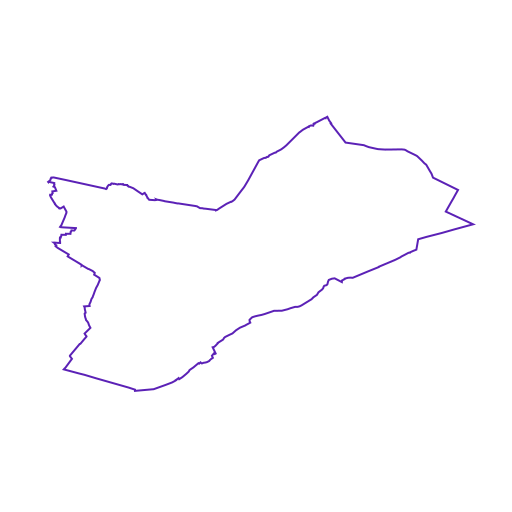 Opsterland, Friesland, Netherlands (Albers equal-area conic projection), rotated 5°
{"feature_id": "6326949B72707200000476", "entity_name": "Opsterland", "entity_type": "district", "adm_level": 2, "iso_a3": "NLD", "parent_name": "Netherlands", "parent_adm1": "Friesland", "projection": "albers", "projection_center": [6.082, 53.047], "detail": "fine", "context": "isolated", "style": "outline", "palette": "violet", "viewbox_px": 512, "rotation_deg": 5, "n_neighbors": 0, "source": "geoboundaries", "source_scale": "gbopen_adm2", "svg_char_len": 5723}
<svg xmlns="http://www.w3.org/2000/svg" viewBox="0 0 512 512"><g transform="rotate(5 256 256)"><path d="M333.6,272.0L336.3,271.4L343.8,274.5L343.8,272.9L346.2,271.4L346.1,271.1L346.2,270.9L349.5,269.7L352.1,269.3L354.1,269.3L354.6,269.1L368.7,261.7L379.3,256.3L379.3,256.0L395.2,247.6L399.6,244.9L400.0,244.7L400.8,243.9L404.0,241.9L407.5,239.6L408.3,239.3L408.9,239.3L408.9,239.1L409.7,238.6L412.2,237.2L415.2,235.7L416.1,225.2L424.2,222.1L439.0,216.9L451.3,212.2L469.5,205.5L441.2,195.2L445.9,184.9L447.7,181.1L449.0,178.1L451.5,172.6L425.5,162.5L423.6,158.6L421.6,155.9L417.6,150.2L415.7,149.0L412.9,146.5L407.9,142.5L406.9,142.0L404.9,141.2L397.8,138.5L396.1,137.6L395.0,137.2L394.4,137.1L391.5,137.1L381.8,138.1L376.0,138.6L375.9,138.7L372.8,138.8L368.3,138.9L366.4,138.7L358.9,137.7L356.3,137.0L353.8,136.2L335.3,135.2L318.9,117.6L319.3,117.2L317.1,114.7L316.5,113.7L314.9,111.1L313.7,111.9L313.4,112.7L312.6,112.5L304.3,117.8L304.0,117.9L302.7,118.8L303.1,118.9L303.0,119.1L302.1,119.1L301.7,121.2L300.0,121.1L299.9,121.2L299.3,121.2L298.8,121.4L297.8,122.0L297.7,122.1L297.6,122.3L297.4,122.3L297.3,122.9L296.7,122.8L292.8,125.4L291.9,126.0L290.3,127.4L289.2,128.5L288.7,128.8L288.2,129.3L276.6,143.1L274.4,145.3L271.9,147.5L270.4,148.5L267.8,150.1L267.3,150.5L267.1,150.9L266.6,151.3L265.6,151.5L260.5,154.5L260.2,154.9L259.9,155.7L259.5,156.1L259.3,156.2L259.2,156.1L258.4,156.3L258.2,156.5L257.9,156.6L257.6,156.8L257.4,157.2L257.1,157.4L256.1,157.5L255.2,157.8L250.8,160.4L250.7,160.8L250.4,161.2L241.6,181.3L238.4,187.9L237.5,189.4L235.8,192.0L229.7,201.7L228.3,203.0L226.8,204.2L226.4,204.1L222.1,206.6L214.9,212.1L213.4,213.4L212.4,213.9L212.4,213.7L212.2,213.7L207.0,213.5L202.1,213.3L200.5,213.3L199.4,213.3L199.1,213.2L198.8,213.1L196.1,213.2L195.0,212.7L192.7,211.6L191.9,211.6L191.5,211.5L174.4,210.4L173.7,210.4L173.4,210.5L171.3,210.3L169.0,210.0L161.7,209.5L160.3,209.4L159.8,209.3L159.6,209.2L154.4,208.6L153.2,208.6L152.4,208.4L152.5,208.5L152.1,208.8L150.4,209.2L144.7,209.3L144.3,209.0L143.2,207.7L142.8,207.6L142.5,206.8L142.1,206.3L141.9,205.8L141.3,205.1L141.3,204.6L141.2,204.5L140.8,204.5L139.6,202.8L139.4,202.9L137.4,204.5L132.5,201.8L127.9,199.2L124.3,198.1L123.0,198.0L122.7,197.7L122.6,197.4L122.0,197.3L121.6,196.5L118.0,196.7L117.7,196.5L117.5,196.0L117.1,195.9L116.5,196.4L116.1,196.3L115.1,196.1L114.6,196.3L114.0,196.4L112.9,196.3L112.7,196.4L112.4,196.7L111.9,196.8L108.2,196.3L107.8,196.6L106.0,196.2L105.8,196.3L105.4,196.6L105.1,197.6L104.8,197.9L104.7,197.9L103.4,197.9L103.1,198.1L102.3,199.2L101.7,200.4L101.6,200.7L101.7,201.1L101.5,201.8L101.3,202.0L100.8,202.4L99.3,201.9L98.9,201.9L59.2,196.8L47.7,195.4L45.9,195.6L45.4,195.7L45.4,196.1L45.0,196.2L44.9,196.3L44.7,196.9L44.7,197.6L44.6,198.1L43.6,199.2L43.2,199.7L42.5,200.3L42.7,200.5L42.8,200.2L43.0,200.2L48.7,200.9L48.7,203.1L48.9,203.1L48.8,203.5L48.2,204.5L49.7,205.0L51.4,208.4L47.5,209.4L47.8,210.3L47.8,210.8L47.9,211.2L47.5,211.4L47.4,212.7L47.0,212.9L45.6,212.9L45.5,213.3L46.0,214.4L46.8,215.7L50.8,221.1L50.9,221.3L51.0,221.2L52.2,222.9L53.9,224.3L54.9,224.8L55.2,225.1L55.6,225.6L56.3,225.4L56.5,225.5L56.7,225.8L57.4,225.5L60.1,223.5L60.4,224.0L63.3,228.3L63.3,229.2L63.4,229.3L63.4,229.5L62.5,232.4L62.1,234.1L59.8,241.1L59.6,241.9L58.3,244.1L59.0,244.3L60.7,244.3L74.2,243.9L74.2,244.1L73.0,246.2L72.7,246.5L69.9,246.6L69.8,247.3L69.6,247.9L69.2,248.2L69.2,248.3L69.3,249.1L69.2,249.7L69.2,250.1L64.9,250.4L64.7,250.4L64.7,250.5L64.7,251.5L60.3,251.8L60.2,253.4L59.9,253.7L59.9,254.6L59.1,254.7L59.1,254.9L59.1,255.7L59.2,256.8L59.3,257.1L59.3,258.2L59.4,258.6L59.6,258.9L59.7,260.1L57.4,260.2L54.3,260.2L53.4,260.3L54.5,261.0L54.7,261.3L54.7,261.9L54.7,262.0L56.2,262.8L56.1,263.1L55.6,263.8L57.7,265.2L69.3,270.8L68.4,272.8L82.9,279.9L83.0,280.6L83.2,280.3L89.9,283.5L90.7,283.6L94.6,285.2L96.8,286.8L96.7,287.5L96.4,288.7L101.9,291.5L102.2,292.4L102.5,293.3L102.5,293.8L102.3,294.1L100.8,298.8L99.5,301.7L98.2,306.1L97.8,307.8L97.4,309.2L97.1,310.1L96.8,311.5L96.5,311.9L95.8,313.3L95.2,316.1L94.3,318.5L94.3,319.4L94.4,319.7L94.5,319.9L94.6,320.3L89.2,321.2L89.5,321.7L89.8,322.2L90.1,323.9L91.2,327.2L91.2,327.4L90.7,327.7L90.4,328.2L90.3,328.5L90.6,329.5L90.9,331.0L91.0,331.1L91.3,332.2L92.0,333.6L92.1,334.2L92.2,334.5L94.2,336.5L94.9,337.6L95.4,338.9L96.0,340.0L97.3,342.0L92.0,348.2L93.1,349.7L94.1,350.7L94.2,351.0L93.2,352.4L92.5,353.3L88.7,358.8L88.0,359.0L87.9,359.2L79.3,371.5L79.3,371.9L79.5,372.2L81.6,374.5L75.8,384.0L75.2,384.6L74.4,385.7L90.3,388.5L95.4,389.3L107.5,391.8L140.7,398.2L147.1,399.7L147.2,400.9L165.7,397.6L177.0,392.4L183.4,389.3L186.3,387.4L187.1,386.8L186.9,386.6L188.9,385.0L189.5,384.4L190.2,385.4L192.7,383.5L193.9,382.4L196.9,379.4L198.7,377.4L199.1,376.9L199.5,376.0L199.7,375.5L201.2,374.2L203.3,372.5L204.2,371.6L206.3,369.5L208.0,367.8L208.7,368.2L210.0,366.8L211.1,367.7L211.6,367.7L212.9,367.0L215.0,366.5L216.4,366.0L218.5,364.7L219.6,363.1L219.6,362.8L219.7,363.0L221.9,361.2L220.8,359.2L222.7,356.5L222.9,356.3L223.5,357.2L224.3,356.7L220.8,350.7L222.2,350.2L223.5,348.9L225.2,346.7L225.5,346.4L225.4,346.0L230.4,342.2L230.6,341.9L231.1,340.9L231.4,340.3L232.4,339.3L236.5,336.8L239.3,335.2L242.6,331.7L246.3,328.8L251.6,326.0L251.9,325.7L252.4,325.3L253.1,324.9L256.1,322.9L255.3,321.4L255.1,320.2L255.9,319.2L257.5,317.4L258.6,316.9L260.3,316.2L263.3,315.2L266.7,314.2L269.8,313.0L275.9,310.3L278.8,309.0L286.4,308.3L292.1,306.3L294.9,305.0L299.3,303.3L302.0,303.0L303.9,302.3L305.7,301.2L309.2,298.6L315.1,294.2L315.6,293.6L316.1,293.1L316.1,292.9L316.7,292.2L320.1,289.4L321.4,286.7L324.7,283.7L325.7,282.3L326.1,280.6L326.6,279.7L328.8,278.9L329.6,277.9L330.0,275.2L330.6,273.5L333.6,272.0Z" fill="none" stroke="#5b21b6" stroke-width="2"/></g></svg>